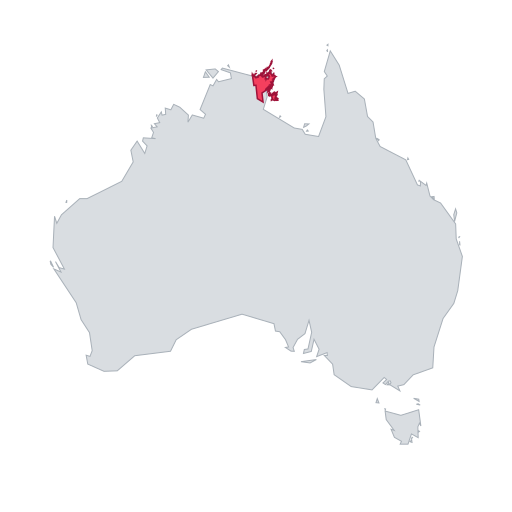 East Arnhem, Northern Territory, Australia (highlighted), rotated 354°
{"feature_id": "25037944B47305351718046", "entity_name": "East Arnhem", "entity_type": "district", "adm_level": 2, "iso_a3": "AUS", "parent_name": "Australia", "parent_adm1": "Northern Territory", "projection": "natural_earth1", "projection_center": [136.298, -12.677], "detail": "fine", "context": "in_parent", "style": "filled", "palette": "rose", "viewbox_px": 512, "rotation_deg": 354, "n_neighbors": 0, "source": "geoboundaries", "source_scale": "gbopen_adm2", "svg_char_len": 8995}
<svg xmlns="http://www.w3.org/2000/svg" viewBox="0 0 512 512"><g transform="rotate(354 256 256)"><path d="M358.7,74.9L364.5,103.9L371.9,102.5L380.2,111.2L381.5,128.9L386.4,135.0L387.4,151.5L390.9,160.1L415.0,176.0L424.0,202.2L426.8,203.5L427.4,198.9L432.5,203.6L433.4,201.3L435.3,214.5L438.4,218.5L445.1,222.6L457.9,245.0L456.9,260.0L461.2,278.0L453.0,311.6L447.8,323.8L435.5,337.7L423.5,365.1L420.1,385.7L399.9,390.6L389.6,399.4L383.4,400.2L385.0,405.2L375.5,397.9L377.0,396.2L376.4,394.3L374.6,394.3L371.3,397.4L369.0,395.5L373.0,392.5L370.8,390.2L357.4,401.3L337.0,395.8L321.3,382.2L320.9,371.6L313.5,362.0L316.6,362.4L316.6,359.5L305.8,362.4L309.0,355.3L305.0,344.9L301.0,356.7L293.0,357.9L294.3,354.0L298.0,353.9L303.4,337.7L302.0,325.5L296.6,338.3L288.6,343.2L283.3,350.9L284.1,354.8L280.9,354.3L275.7,350.0L278.9,349.9L276.6,342.3L271.7,333.8L267.5,332.7L266.8,325.2L236.0,312.4L184.2,322.1L167.9,330.9L161.0,341.8L125.0,342.5L106.0,355.7L92.8,354.8L77.4,345.9L76.7,336.9L80.4,338.5L83.2,333.0L82.4,314.8L75.4,301.0L72.3,283.7L53.6,247.7L60.4,251.6L56.0,240.6L59.0,247.0L64.1,249.0L55.0,226.4L59.8,195.4L61.3,202.7L66.8,194.7L86.7,180.5L93.9,181.3L130.3,167.7L143.7,149.6L142.6,137.7L149.8,129.3L156.1,142.4L159.2,135.1L155.2,129.9L156.3,126.7L168.4,128.8L164.6,127.6L167.0,122.4L164.8,117.8L171.2,117.2L168.8,113.8L174.2,113.3L172.3,108.4L176.9,102.8L177.3,106.1L181.0,105.7L181.2,99.4L186.6,101.7L190.0,96.6L195.8,100.1L203.5,108.8L202.3,115.8L207.4,109.1L218.4,113.5L220.6,109.8L215.7,104.5L228.4,80.7L231.0,82.3L235.3,76.3L236.9,78.8L250.1,77.0L249.7,71.2L240.8,67.0L242.2,65.6L274.1,77.8L283.4,73.4L281.1,78.0L285.0,80.6L289.8,75.0L294.0,79.7L289.0,90.3L283.4,91.3L283.7,98.9L278.6,110.9L307.4,132.7L315.2,134.9L317.7,140.1L330.7,143.7L340.1,124.8L340.9,97.3L342.4,86.9L345.7,84.5L343.2,79.7L351.3,59.8L358.7,74.9ZM368.2,423.7L383.4,429.6L401.7,425.9L402.2,442.3L401.1,439.3L399.1,442.8L398.3,453.6L392.0,449.2L387.5,459.0L379.7,458.2L381.3,455.5L374.7,450.8L372.2,442.4L375.2,443.9L368.4,432.3L368.2,423.7ZM225.9,65.7L235.0,65.7L237.9,68.7L231.8,74.6L225.9,65.7ZM289.7,365.8L305.2,365.3L298.6,368.0L289.7,365.8ZM291.6,97.3L293.5,103.3L287.7,102.3L288.6,98.1L291.6,97.3ZM457.1,242.4L457.0,235.6L459.4,230.0L460.2,234.1L457.1,242.4ZM397.9,414.0L402.9,415.4L403.0,417.7L397.9,414.0ZM224.9,67.5L228.2,73.3L222.4,72.9L224.9,67.5ZM362.9,415.0L360.0,414.4L361.7,410.5L362.9,415.0ZM322.4,130.2L319.6,132.0L316.8,133.0L318.2,129.6L322.4,130.2ZM53.5,246.1L51.1,242.8L50.8,239.8L51.2,239.6L53.5,246.1ZM401.8,419.9L403.7,421.4L400.0,420.2L401.8,419.9ZM437.2,215.4L439.3,215.4L439.2,218.4L437.2,215.4ZM388.1,151.3L390.6,153.1L390.1,154.1L388.1,151.3ZM391.6,455.0L391.7,457.7L389.8,456.8L391.6,455.0ZM460.0,262.6L460.0,266.3L459.7,266.2L460.0,262.6ZM249.2,65.4L247.7,63.8L248.6,63.0L249.2,65.4ZM291.9,65.7L289.7,68.7L292.3,63.5L291.9,65.7ZM460.5,258.1L459.4,259.3L460.1,258.0L460.5,258.1ZM295.2,119.9L293.9,120.5L294.6,119.1L295.2,119.9ZM287.1,97.2L285.5,97.5L286.4,95.7L287.1,97.2ZM73.7,180.6L73.3,183.0L72.6,182.8L73.7,180.6ZM348.6,58.4L348.5,60.5L347.9,59.0L348.6,58.4ZM374.6,395.2L375.0,396.5L374.5,396.1L374.6,395.2ZM289.1,69.6L286.1,71.6L289.2,69.0L289.1,69.6ZM172.4,105.5L171.4,106.9L172.0,105.2L172.4,105.5ZM392.7,453.1L391.7,453.6L392.3,452.6L392.7,453.1ZM321.0,137.2L319.3,137.2L320.2,136.0L321.0,137.2ZM166.5,116.2L165.6,117.0L165.6,115.1L166.5,116.2ZM400.3,447.5L399.0,448.3L399.4,446.8L400.3,447.5ZM349.7,53.0L349.5,54.4L348.6,53.7L349.7,53.0ZM373.8,396.9L375.1,398.1L372.9,397.8L373.8,396.9ZM417.9,175.9L416.8,176.0L417.3,174.4L417.9,175.9ZM426.4,198.6L425.8,198.6L426.3,197.4L426.4,198.6ZM368.9,421.7L368.5,422.7L368.2,421.4L368.9,421.7Z" fill="#d9dde1" stroke="#a8b0b8" stroke-width="1"/><path d="M283.4,92.2L282.9,91.9L283.4,90.9L283.7,90.7L283.8,91.2L284.0,90.4L284.3,90.2L284.7,91.4L284.7,90.5L285.1,90.4L285.2,89.6L285.7,89.1L285.6,90.1L285.8,90.8L286.1,91.0L285.9,90.5L286.7,90.2L286.5,89.3L286.8,89.1L286.9,89.5L287.5,89.5L287.5,89.1L287.2,88.9L287.6,88.0L288.1,88.5L287.9,89.4L288.2,90.3L287.6,90.6L287.6,91.5L288.8,90.2L289.1,90.6L289.2,89.6L289.7,89.5L290.1,88.3L288.9,87.4L289.7,87.5L290.0,87.2L290.2,87.8L290.6,87.2L290.7,87.8L291.1,87.7L290.8,87.0L289.9,86.6L289.9,86.1L289.2,85.7L289.0,84.9L289.6,85.3L289.8,85.3L289.6,84.7L289.9,84.5L290.3,85.4L290.6,85.7L290.5,84.2L291.4,84.1L291.4,83.1L292.1,82.5L291.9,82.2L291.3,82.8L291.1,82.6L291.9,82.2L291.7,81.3L292.4,81.0L292.1,81.9L292.2,82.2L293.6,80.2L294.4,79.7L293.8,79.6L293.6,79.9L293.2,80.1L293.9,79.4L293.6,78.5L292.7,78.0L292.3,77.4L291.3,77.8L292.1,78.3L291.9,78.8L290.9,78.8L289.7,75.4L289.3,76.0L288.8,75.5L290.2,74.5L290.0,74.0L290.0,74.5L288.5,75.0L287.7,76.2L286.9,76.3L286.4,77.4L285.9,77.5L286.0,77.8L287.6,77.9L288.1,78.5L287.8,78.7L287.4,80.3L286.5,81.3L284.9,80.7L284.4,81.5L284.3,80.3L283.9,80.4L284.8,78.4L284.3,78.3L283.9,78.8L283.5,78.2L283.9,77.7L284.0,77.3L284.3,77.0L284.5,76.6L284.7,76.4L283.1,77.8L283.0,77.3L282.2,77.9L281.2,79.3L281.3,78.9L280.6,77.9L280.6,77.4L282.4,75.3L282.9,75.3L283.3,74.9L280.6,76.0L279.7,76.7L279.2,76.2L278.5,76.9L277.6,76.5L277.0,77.0L277.0,77.5L276.1,77.8L277.4,78.5L275.5,78.2L276.0,79.1L275.3,78.4L274.4,78.7L273.5,77.4L272.3,77.1L272.2,76.2L271.7,76.1L271.3,74.9L271.0,76.3L271.8,76.8L271.4,78.3L271.7,86.2L273.8,86.2L273.8,99.7L279.1,103.6L279.0,94.5L283.4,92.2ZM292.5,77.8L292.2,77.5L292.3,77.5L292.5,77.8ZM288.6,97.5L288.4,99.4L288.8,101.2L287.6,102.3L287.6,102.7L288.7,102.1L290.9,103.3L292.0,102.9L292.6,103.3L294.0,103.4L293.9,102.2L294.2,101.7L293.7,101.4L293.5,102.2L293.1,102.3L292.2,101.5L292.4,102.0L292.1,102.1L291.6,101.9L291.4,101.2L291.7,100.6L292.0,100.8L292.1,100.3L292.5,100.2L292.1,99.8L292.2,99.1L292.6,98.6L293.1,98.7L293.8,97.4L293.6,96.9L292.9,96.6L292.5,97.7L292.9,97.3L292.8,97.9L291.7,97.8L291.8,96.9L291.4,97.0L291.3,96.5L291.7,96.3L291.8,95.6L291.4,95.5L291.2,96.1L290.7,96.3L290.8,95.9L290.2,96.0L290.7,97.2L289.9,97.5L289.7,97.1L289.3,97.8L288.6,97.5ZM280.0,74.9L279.7,76.4L282.1,75.1L283.6,73.1L283.4,72.8L282.9,72.5L282.9,73.5L281.4,74.8L280.7,74.7L280.4,75.2L280.0,74.9ZM286.2,97.2L286.3,98.0L286.8,97.9L286.9,97.1L287.1,97.1L286.8,96.7L287.3,96.5L287.2,96.2L286.7,95.7L286.1,95.8L286.0,96.7L285.4,96.5L285.4,97.7L285.9,97.7L285.8,97.0L286.2,97.2ZM289.4,68.4L289.3,69.0L291.3,66.4L291.1,66.1L291.7,65.7L292.1,63.6L291.6,64.1L291.9,64.3L291.5,64.5L291.5,65.4L290.7,65.9L290.2,67.4L289.4,68.4ZM287.4,70.6L287.1,70.7L286.9,70.3L286.6,71.2L285.9,71.2L285.8,71.8L286.5,71.3L286.9,71.4L287.0,70.8L287.3,71.2L287.6,70.9L288.1,70.5L288.0,70.1L287.7,70.5L287.3,70.4L287.4,70.6ZM286.2,75.8L285.5,76.4L286.2,76.4L287.4,75.6L287.4,75.2L286.5,75.9L286.2,75.5L286.2,75.8ZM285.7,92.7L285.7,94.4L285.9,93.8L285.7,93.3L285.9,93.5L286.3,93.1L285.8,92.3L285.4,91.9L285.2,91.9L285.7,92.7ZM284.1,72.1L284.5,71.7L284.7,71.2L283.7,71.6L284.1,72.1ZM273.1,76.7L272.9,76.3L272.2,76.0L272.5,77.0L272.8,77.2L273.1,76.7ZM289.7,96.1L289.0,96.6L289.6,97.2L289.7,96.1ZM288.1,70.2L288.9,69.8L289.1,69.0L288.0,69.9L288.1,70.2ZM272.9,75.9L273.4,76.3L273.7,75.9L273.3,75.7L272.9,75.9ZM289.6,73.0L290.3,72.9L290.7,72.4L290.0,72.9L289.7,72.6L289.6,73.0ZM289.1,73.1L289.0,74.3L289.4,73.0L289.1,73.1ZM274.4,74.9L274.9,74.8L275.1,74.6L274.4,74.5L274.4,74.9ZM292.5,76.6L292.8,77.1L292.7,76.4L292.5,76.6ZM288.7,74.2L288.0,74.3L288.7,74.2ZM285.8,77.9L285.4,77.5L285.3,77.8L285.8,77.9ZM287.7,97.8L288.1,97.6L287.9,97.4L287.7,97.8ZM283.7,72.3L283.8,72.6L284.0,72.3L283.7,72.3ZM272.4,75.9L272.1,75.6L272.0,75.8L272.4,75.9ZM283.6,74.3L284.0,73.8L284.1,73.7L283.6,74.0L283.6,74.3ZM285.7,72.1L285.6,71.7L285.6,72.2L285.7,72.1ZM284.5,77.3L284.7,76.7L284.5,76.8L284.5,77.3ZM285.1,93.0L285.0,93.5L285.3,93.2L285.1,93.0ZM272.1,76.1L271.9,75.8L271.9,75.7L271.7,75.9L272.1,76.1ZM273.6,76.4L273.8,76.4L273.6,76.3L273.6,76.4ZM286.7,94.7L286.5,94.9L286.8,94.9L286.7,94.7ZM291.1,95.5L291.1,95.9L291.3,95.6L291.1,95.5ZM286.8,92.9L287.0,93.3L287.0,93.2L286.8,92.9ZM293.8,95.4L294.1,95.5L294.2,95.2L293.8,95.4ZM288.8,74.3L288.9,74.5L288.9,74.2L288.8,74.3ZM284.7,79.0L284.7,79.3L284.9,78.8L284.7,79.0ZM285.0,72.5L285.3,72.5L285.2,72.4L285.0,72.5ZM273.3,76.4L273.3,76.6L273.3,76.4ZM286.4,71.1L286.2,70.8L286.3,71.1L286.4,71.1ZM292.8,71.3L292.6,71.6L292.9,71.4L292.8,71.3ZM291.6,78.0L291.5,78.3L291.6,78.0ZM285.3,70.0L285.5,70.0L285.3,70.0ZM275.4,71.7L275.5,72.0L275.6,71.9L275.4,71.7ZM291.3,73.3L290.9,73.6L291.1,73.5L291.3,73.3ZM285.1,91.5L285.2,91.2L285.1,91.5ZM285.0,70.5L285.1,70.4L285.0,70.5ZM288.3,96.3L288.2,96.0L288.3,96.3ZM288.5,95.1L288.5,95.3L288.5,95.1ZM292.1,63.4L292.0,63.6L292.1,63.4ZM284.6,73.1L284.6,72.9L284.5,73.2L284.6,73.1ZM293.5,95.8L293.6,95.6L293.4,95.8L293.5,95.8ZM290.7,95.6L290.9,95.7L290.7,95.6ZM284.0,91.8L283.9,91.5L284.0,91.8ZM273.1,76.2L273.0,76.3L273.1,76.2ZM287.6,75.0L287.6,74.8L287.6,75.0ZM291.3,95.2L291.5,95.3L291.5,95.1L291.3,95.2ZM292.0,96.0L291.8,95.9L291.8,96.0L292.0,96.0ZM291.0,95.6L290.9,95.6L291.0,95.6ZM290.6,85.9L290.7,86.0L290.7,85.8L290.6,85.9ZM291.3,95.4L291.2,95.3L291.3,95.4Z" fill="#f43f5e" stroke="#9f1239" stroke-width="1.5"/></g></svg>